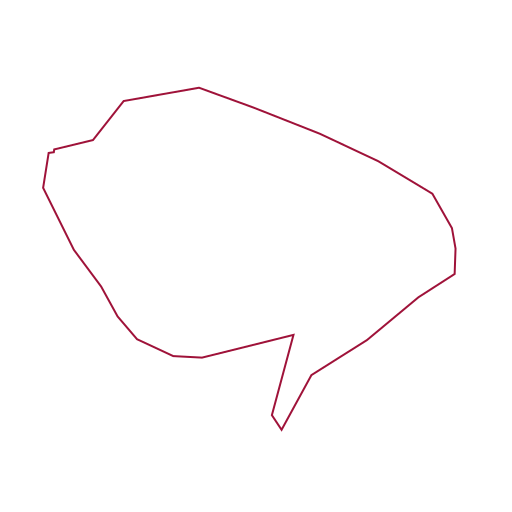 map outline of Plymouth (Albers equal-area conic projection), rotated 350°
{"feature_id": "GBR-2141", "entity_name": "Plymouth", "entity_type": "Unitary Authority", "adm_level": 1, "iso_a3": "GBR", "parent_name": "United Kingdom", "parent_adm1": "", "projection": "albers", "projection_center": [-4.124, 50.392], "detail": "fine", "context": "isolated", "style": "outline", "palette": "rose", "viewbox_px": 512, "rotation_deg": 350, "n_neighbors": 0, "source": "natural_earth", "source_scale": "10m", "svg_char_len": 504}
<svg xmlns="http://www.w3.org/2000/svg" viewBox="0 0 512 512"><g transform="rotate(350 256 256)"><path d="M251.0,431.6L244.0,415.5L279.2,340.2L185.2,346.7L157.1,340.2L124.4,317.3L109.2,291.5L98.2,259.2L77.7,218.3L58.2,151.9L69.7,118.5L69.9,118.5L74.9,118.7L75.8,116.0L115.6,113.5L152.6,80.4L189.6,80.4L229.1,80.4L279.3,109.4L340.1,146.7L392.9,183.9L440.5,225.3L453.8,262.6L453.8,283.3L448.5,308.2L408.9,324.8L350.8,358.0L289.9,382.9L251.0,431.6Z" fill="none" stroke="#9f1239" stroke-width="2"/></g></svg>